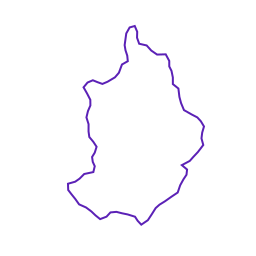 outline of Cachoeira da Prata, Minas Gerais, Brazil, rotated 255°
{"feature_id": "56859067B45103194459434", "entity_name": "Cachoeira da Prata", "entity_type": "district", "adm_level": 2, "iso_a3": "BRA", "parent_name": "Brazil", "parent_adm1": "Minas Gerais", "projection": "orthographic", "projection_center": [-44.468, -19.513], "detail": "fine", "context": "isolated", "style": "outline", "palette": "violet", "viewbox_px": 256, "rotation_deg": 255, "n_neighbors": 0, "source": "geoboundaries", "source_scale": "gbopen_adm2", "svg_char_len": 1188}
<svg xmlns="http://www.w3.org/2000/svg" viewBox="0 0 256 256"><g transform="rotate(255 128 128)"><path d="M158.8,182.7L165.2,184.4L171.9,184.8L176.8,183.8L182.1,185.2L189.4,183.5L191.4,175.1L196.8,170.5L202.9,167.4L206.5,160.6L212.9,160.1L218.6,161.8L224.8,160.9L224.7,155.6L219.8,150.8L213.4,148.1L208.9,146.2L203.7,145.7L198.1,146.0L192.6,145.1L190.9,138.6L183.7,133.5L180.3,128.5L178.0,120.3L177.2,114.7L180.1,110.5L183.2,106.4L182.4,100.7L178.8,95.6L171.9,97.4L165.0,98.9L159.5,97.5L154.7,93.7L149.0,90.6L141.9,90.9L134.9,89.0L129.3,88.3L123.7,90.9L118.0,92.8L112.8,89.5L109.3,85.8L104.4,85.2L99.7,86.0L94.4,83.1L94.9,73.8L91.6,68.1L89.8,63.1L89.7,55.6L83.6,54.2L79.0,56.1L73.1,58.7L66.9,61.0L62.1,66.9L56.9,71.0L52.0,74.0L47.2,77.5L47.9,84.3L51.0,89.2L50.0,95.1L47.2,100.1L44.6,105.3L40.5,111.8L35.9,113.3L31.2,115.8L33.8,123.3L38.4,128.5L43.5,134.0L45.8,138.6L47.6,144.6L50.5,152.5L52.8,159.3L59.2,163.6L64.1,168.3L67.7,172.4L72.6,174.3L78.2,170.4L80.2,179.1L83.1,183.5L86.7,189.3L92.1,196.3L99.0,196.3L104.4,198.5L109.8,201.8L115.7,200.1L120.3,197.7L124.6,193.0L130.8,186.7L138.3,185.7L144.7,185.7L153.1,186.9L158.8,182.7Z" fill="none" stroke="#5b21b6" stroke-width="2"/></g></svg>